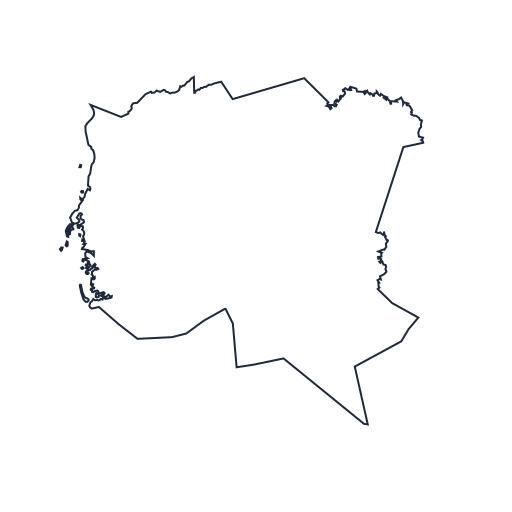 Madang District, Madang, Papua New Guinea, rotated 168°
{"feature_id": "67681753B97158406764408", "entity_name": "Madang District", "entity_type": "district", "adm_level": 2, "iso_a3": "PNG", "parent_name": "Papua New Guinea", "parent_adm1": "Madang", "projection": "mercator", "projection_center": [145.661, -5.093], "detail": "fine", "context": "isolated", "style": "outline", "palette": "slate", "viewbox_px": 512, "rotation_deg": 168, "n_neighbors": 0, "source": "geoboundaries", "source_scale": "gbopen_adm2", "svg_char_len": 6139}
<svg xmlns="http://www.w3.org/2000/svg" viewBox="0 0 512 512"><g transform="rotate(168 256 256)"><path d="M427.5,238.7L420.3,238.8L404.4,217.7L389.1,199.6L355.1,194.1L340.3,194.7L320.4,203.6L297.5,210.8L296.7,210.5L292.7,194.7L298.1,151.2L280.7,150.2L250.4,150.1L185.3,69.4L181.7,68.0L182.4,127.3L131.7,142.3L121.9,152.8L110.0,162.0L132.6,181.6L143.8,198.4L141.9,199.4L142.4,200.4L141.9,204.6L141.2,204.4L142.2,207.1L140.1,207.8L138.8,207.1L139.0,210.3L134.4,211.6L131.7,213.5L132.1,216.2L130.9,218.8L131.1,220.2L133.1,221.2L133.6,224.4L135.8,223.3L136.4,224.7L135.7,224.6L134.2,226.9L135.0,227.8L136.9,227.8L136.9,229.6L133.4,229.5L133.0,232.4L132.2,232.9L135.4,235.0L130.1,235.9L129.2,235.5L126.6,237.9L126.5,240.9L123.8,243.4L123.9,244.2L124.9,244.5L125.8,247.6L124.9,248.3L125.7,249.2L125.8,253.4L126.1,251.3L127.3,250.1L129.7,253.3L131.6,253.0L133.8,254.5L89.2,331.9L68.9,332.0L68.9,333.4L70.3,335.0L69.3,335.2L68.0,337.0L71.8,339.0L71.7,342.7L69.6,346.4L67.5,348.0L67.5,350.0L65.6,354.1L67.3,354.9L67.8,357.1L70.1,359.7L72.9,360.7L74.8,362.2L73.8,363.8L74.5,364.6L72.9,366.0L74.0,369.4L74.8,371.3L77.1,372.1L77.2,372.8L75.6,373.6L79.1,375.5L80.5,373.9L80.0,376.6L81.1,380.8L83.6,379.7L86.8,379.3L86.0,377.7L91.9,379.4L92.2,376.9L92.8,377.0L92.9,379.5L94.8,383.0L96.0,381.6L98.0,384.1L95.6,384.5L98.0,386.1L100.2,388.6L101.2,387.0L101.8,387.2L103.4,389.8L103.0,390.7L103.7,391.9L104.1,390.3L106.4,390.3L107.2,388.2L108.2,388.3L108.5,389.8L110.3,391.5L111.1,390.4L112.6,392.9L112.9,394.6L114.4,393.7L114.8,392.6L116.0,391.8L116.5,393.0L115.7,394.6L117.1,394.3L122.9,395.8L123.1,398.9L128.5,401.9L129.8,400.6L128.6,399.8L128.4,398.6L129.6,398.6L130.3,399.8L131.6,399.3L133.8,401.6L134.8,400.8L136.5,400.6L136.5,399.1L135.1,398.6L135.1,396.3L138.0,394.0L139.1,394.8L139.8,393.5L140.2,394.9L140.8,394.5L141.2,391.8L143.4,390.0L144.2,391.8L145.2,390.5L145.7,391.5L146.9,390.7L147.6,389.0L145.6,387.3L146.6,385.8L148.0,386.1L148.8,387.5L152.3,388.4L151.3,385.0L152.8,384.2L153.7,387.0L155.8,388.2L154.4,388.7L154.5,390.5L153.2,391.3L171.9,419.9L246.2,414.3L253.8,433.7L260.8,433.5L264.4,432.8L266.4,433.3L269.8,431.8L271.5,432.2L273.3,431.5L275.0,431.9L276.8,430.4L277.9,430.9L280.0,429.9L281.3,430.2L281.5,428.5L282.5,428.6L279.6,444.0L282.4,443.1L285.3,440.7L286.9,440.6L290.7,437.6L292.0,437.8L293.7,437.0L294.8,437.8L296.6,434.4L298.9,433.2L301.9,432.7L303.8,433.2L306.0,432.8L308.2,434.7L310.0,435.5L310.2,436.7L311.6,437.7L315.7,436.4L318.7,438.5L321.3,437.0L324.1,437.2L324.6,438.6L330.5,437.2L340.3,430.5L344.3,430.9L345.7,429.9L346.9,428.3L346.7,426.6L347.3,425.5L349.6,423.8L350.8,423.7L351.4,421.7L359.1,420.1L386.4,438.2L384.6,432.5L384.6,429.5L385.3,427.6L387.5,424.9L393.4,421.0L395.9,418.4L396.8,413.1L396.8,400.3L396.7,399.4L394.4,396.8L394.8,395.3L393.2,393.0L393.0,388.9L393.5,385.4L395.2,381.6L397.4,379.9L398.4,378.3L401.1,371.0L403.2,368.8L405.7,359.8L404.0,357.7L404.0,356.1L404.8,354.8L406.7,356.6L410.2,352.3L411.5,349.4L413.4,348.0L413.6,346.8L418.7,342.2L419.2,340.1L420.6,338.4L421.3,337.9L423.7,337.9L426.9,335.6L429.8,332.3L429.1,327.1L426.7,325.3L424.6,325.3L422.0,326.1L421.5,326.8L421.5,327.9L423.3,330.8L420.0,334.3L418.8,334.4L417.8,333.8L417.6,332.8L419.2,331.7L419.8,329.3L419.1,328.1L417.2,327.0L417.2,325.0L417.9,324.3L420.8,323.4L421.3,322.7L420.6,321.5L419.2,321.1L419.3,319.4L420.6,318.0L419.6,316.8L419.2,314.2L419.9,312.5L421.1,311.3L420.5,305.8L422.3,303.7L420.2,303.3L423.1,300.4L424.1,300.2L424.8,299.0L418.8,296.6L416.9,294.9L413.6,294.4L414.6,289.9L416.3,292.6L418.2,294.2L420.8,295.6L422.5,294.3L423.0,290.5L421.2,288.8L423.4,288.8L423.5,287.6L420.6,285.5L420.4,284.5L420.9,284.0L422.0,284.3L422.5,283.4L422.1,282.8L420.6,282.8L419.9,282.1L420.0,281.2L423.6,278.1L423.8,277.2L423.3,276.7L420.9,276.9L420.2,277.9L418.8,277.9L418.3,278.3L418.5,279.8L415.2,281.9L414.7,280.9L416.4,278.8L415.4,277.8L413.5,277.3L413.0,276.1L415.2,275.7L416.1,276.4L419.8,274.5L419.8,273.4L420.7,272.2L419.6,270.9L419.8,269.6L419.3,269.1L418.1,269.2L418.4,267.4L419.8,266.9L421.5,268.4L423.5,262.5L423.2,261.7L421.8,262.7L421.1,262.2L422.3,260.1L420.8,258.6L421.3,257.9L424.0,258.4L424.7,257.7L424.5,257.0L423.5,256.7L423.8,254.9L422.8,254.4L421.3,255.1L418.7,255.3L417.6,254.4L417.6,252.6L416.8,251.9L412.6,252.4L411.8,251.2L412.5,250.3L413.5,250.7L415.2,250.1L415.9,249.5L415.4,248.8L414.0,248.9L411.4,247.1L408.3,248.8L407.3,246.7L405.4,246.8L405.9,245.5L407.3,245.2L412.1,245.3L414.2,247.2L415.2,245.3L416.7,246.3L418.3,245.3L419.3,245.3L420.5,246.0L422.6,246.1L424.1,247.7L426.0,245.8L427.6,245.1L429.4,241.9L429.1,240.4L427.5,238.7ZM436.8,320.3L436.8,314.5L435.7,313.8L435.3,319.0L434.1,318.3L433.9,315.9L433.5,316.0L432.8,318.3L431.5,320.2L429.1,320.0L428.9,320.7L430.1,322.6L428.6,324.4L431.2,325.9L434.4,323.5L435.1,322.3L434.3,321.6L432.2,323.7L431.3,323.5L431.7,322.3L433.7,320.4L434.6,320.2L435.1,320.7L434.8,321.4L435.6,321.9L436.8,320.3ZM434.6,263.8L434.5,255.7L433.8,249.5L432.2,246.6L430.3,246.3L428.8,247.6L428.8,248.3L429.5,249.4L431.6,250.6L432.3,251.8L433.3,256.6L433.2,264.0L433.9,264.5L434.6,263.8ZM420.4,252.7L421.2,249.2L420.5,248.6L418.5,248.6L417.8,249.8L418.8,252.4L419.4,252.9L420.4,252.7ZM438.0,309.6L440.0,306.1L439.3,304.8L438.4,304.9L437.8,306.0L437.3,308.8L438.0,309.6ZM424.3,323.0L424.4,320.8L423.2,320.1L422.5,320.8L422.5,323.0L423.4,323.7L424.3,323.0ZM444.6,304.9L446.4,303.5L445.5,301.6L444.5,302.3L443.4,304.4L444.6,304.9ZM426.0,275.5L425.9,274.3L425.0,273.4L424.0,273.4L423.3,274.1L424.3,275.8L425.4,276.3L426.0,275.5ZM409.0,381.7L410.2,379.6L408.9,379.3L408.1,381.2L409.0,381.7ZM428.0,281.2L429.5,280.6L428.8,279.4L427.4,279.8L427.3,280.5L428.0,281.2ZM426.1,289.0L426.8,287.6L426.8,286.9L426.1,286.5L425.1,287.8L425.1,288.8L426.1,289.0ZM413.8,355.2L413.3,354.2L412.1,354.0L411.7,354.5L411.7,355.4L412.9,355.9L413.8,355.2ZM424.4,314.2L424.7,312.8L423.9,312.0L423.3,313.5L424.4,314.2ZM415.8,349.5L416.0,347.8L415.5,347.1L414.8,348.1L415.8,349.5ZM424.2,282.9L424.5,282.4L423.0,281.4L422.6,281.9L424.2,282.9ZM424.9,279.6L424.3,279.1L423.3,280.5L423.8,280.7L424.9,279.6ZM422.6,307.8L423.0,306.9L422.1,306.6L422.6,307.8Z" fill="none" stroke="#1e293b" stroke-width="2"/></g></svg>